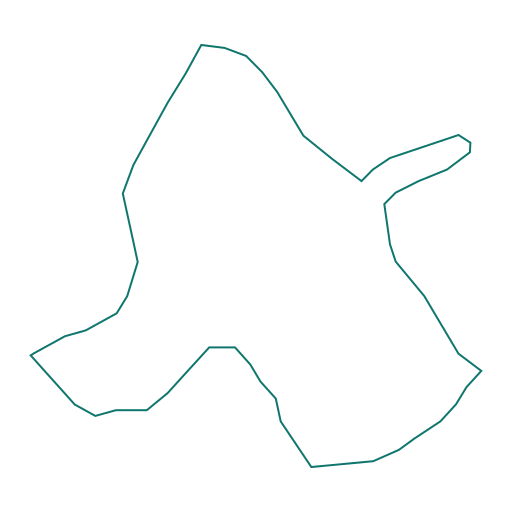 Kanggye City, Chagang-do, North Korea
{"feature_id": "82179303B59934044847437", "entity_name": "Kanggye City", "entity_type": "district", "adm_level": 2, "iso_a3": "PRK", "parent_name": "North Korea", "parent_adm1": "Chagang-do", "projection": "mercator", "projection_center": [126.593, 40.947], "detail": "fine", "context": "isolated", "style": "outline", "palette": "teal", "viewbox_px": 512, "rotation_deg": 0, "n_neighbors": 0, "source": "geoboundaries", "source_scale": "gbopen_adm2", "svg_char_len": 879}
<svg xmlns="http://www.w3.org/2000/svg" viewBox="0 0 512 512"><path d="M201.3,45.0L185.6,73.6L167.7,102.6L149.1,136.4L133.4,165.0L122.8,193.5L127.8,216.4L132.8,239.2L137.7,262.0L127.2,296.2L116.7,313.3L85.7,330.4L65.0,336.2L33.9,353.3L30.7,355.4L44.1,370.4L59.4,387.4L74.7,404.5L87.9,411.8L95.3,415.9L115.9,410.2L131.4,410.2L146.8,410.2L167.6,393.1L183.2,375.9L193.6,364.5L209.2,347.4L235.0,347.4L250.3,364.5L260.5,381.6L275.8,398.6L280.7,421.4L296.0,444.2L311.3,467.0L373.2,461.2L399.0,449.8L414.6,438.4L440.5,421.3L456.1,404.2L466.5,387.1L481.3,370.9L458.5,353.7L441.4,324.9L424.3,296.1L395.7,261.6L390.0,244.4L384.3,204.1L395.7,192.6L418.6,181.1L447.1,169.5L469.9,152.3L470.4,142.7L458.5,135.0L424.3,146.5L390.0,158.0L372.9,169.5L361.5,181.1L332.0,158.8L303.4,135.7L277.1,91.8L262.2,72.2L246.2,56.0L224.5,47.9L201.3,45.0Z" fill="none" stroke="#0f766e" stroke-width="2"/></svg>